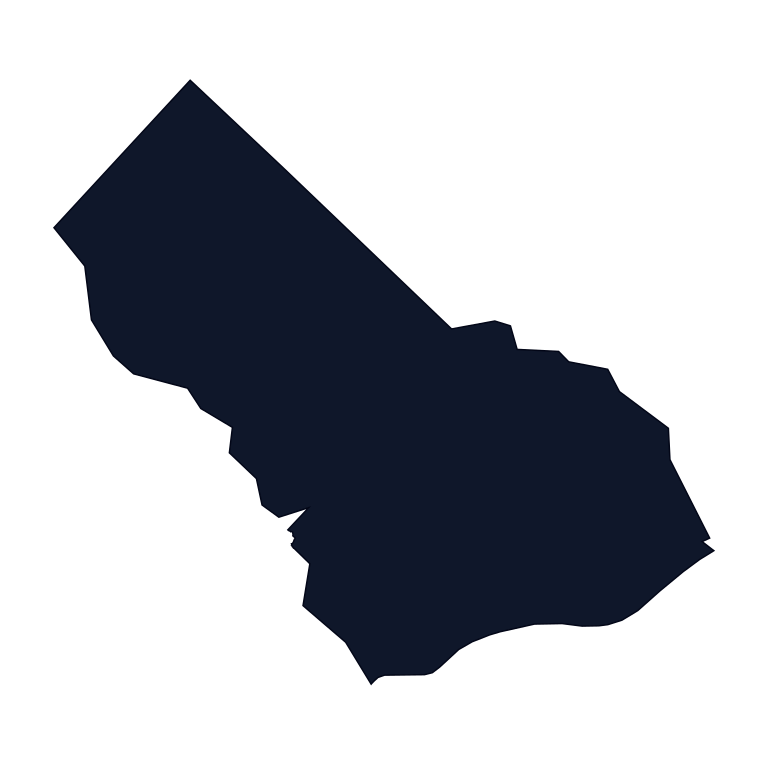 Gloucester, New Jersey, United States of America (Mercator projection), rotated 181°
{"feature_id": "52423323B68296244508740", "entity_name": "Gloucester", "entity_type": "district", "adm_level": 2, "iso_a3": "USA", "parent_name": "United States of America", "parent_adm1": "New Jersey", "projection": "mercator", "projection_center": [-75.155, 39.702], "detail": "fine", "context": "isolated", "style": "filled", "palette": "ink", "viewbox_px": 768, "rotation_deg": 181, "n_neighbors": 0, "source": "geoboundaries", "source_scale": "gbopen_adm2", "svg_char_len": 1163}
<svg xmlns="http://www.w3.org/2000/svg" viewBox="0 0 768 768"><g transform="rotate(181 384 384)"><path d="M303.9,120.3L291.4,127.8L274.0,135.0L263.6,138.3L229.3,146.6L201.8,147.6L181.7,145.4L170.7,145.8L164.9,146.0L156.0,147.3L142.0,152.0L126.3,161.9L104.8,181.7L81.6,201.6L65.3,214.1L51.3,223.1L63.2,232.0L55.7,235.6L96.8,313.4L98.9,344.7L148.5,380.5L160.6,402.6L199.7,409.4L210.0,419.6L251.5,420.9L258.6,444.3L274.3,448.9L317.4,440.2L488.3,598.1L583.1,684.3L673.9,582.5L716.7,534.5L685.2,496.7L677.6,443.0L655.0,407.3L634.5,389.8L580.3,376.4L566.7,356.3L534.8,338.0L537.4,312.5L509.9,287.2L503.8,260.9L486.8,249.0L457.1,259.1L477.6,236.5L477.2,236.1L476.2,235.5L475.2,235.2L474.6,234.6L474.2,234.8L472.9,234.5L472.7,234.0L472.3,231.4L472.5,231.0L472.2,230.2L470.2,228.8L470.3,227.9L470.9,227.1L471.6,225.2L472.0,224.0L472.9,222.9L473.5,222.7L473.3,222.5L473.7,221.3L473.3,221.1L472.9,219.9L471.8,218.8L471.6,218.3L471.1,218.2L455.0,203.0L461.1,161.0L417.8,125.1L391.6,83.7L391.3,84.1L388.6,87.0L385.0,90.4L384.9,90.5L378.4,92.9L348.9,93.8L338.4,94.1L330.6,96.2L323.2,102.1L304.5,120.0L303.9,120.3Z" fill="#0f172a" stroke="#020617" stroke-width="1.5"/></g></svg>